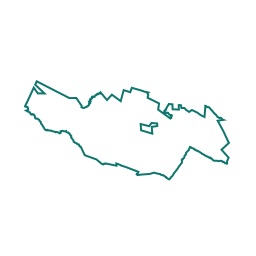 Bindura, Mashonaland Central, Zimbabwe, rotated 286°
{"feature_id": "62879985B50430993830170", "entity_name": "Bindura", "entity_type": "district", "adm_level": 2, "iso_a3": "ZWE", "parent_name": "Zimbabwe", "parent_adm1": "Mashonaland Central", "projection": "natural_earth1", "projection_center": [31.316, -17.234], "detail": "fine", "context": "isolated", "style": "outline", "palette": "teal", "viewbox_px": 256, "rotation_deg": 286, "n_neighbors": 0, "source": "geoboundaries", "source_scale": "gbopen_adm2", "svg_char_len": 5659}
<svg xmlns="http://www.w3.org/2000/svg" viewBox="0 0 256 256"><g transform="rotate(286 128 128)"><path d="M147.7,27.4L144.0,26.9L138.2,38.2L136.4,31.8L140.8,26.3L124.5,23.8L124.5,23.7L120.4,23.0L120.2,23.5L120.4,23.9L120.5,25.0L120.3,25.0L120.2,25.1L120.2,25.8L119.4,26.5L118.2,26.9L117.8,27.1L117.2,26.6L117.2,26.2L116.7,25.3L116.4,26.2L116.4,26.7L116.1,27.7L116.1,28.1L116.0,29.0L115.9,29.6L114.8,30.3L114.3,31.1L114.3,31.5L114.5,32.2L114.9,32.0L115.0,32.3L115.1,33.6L114.3,34.4L114.2,34.8L113.9,34.9L112.6,35.8L112.0,35.9L111.6,36.8L111.6,37.1L112.1,38.4L112.0,38.7L111.6,39.2L111.4,40.3L111.0,40.7L110.2,41.3L110.1,42.0L109.8,42.4L109.3,42.6L108.2,43.3L107.3,44.7L106.0,45.9L105.7,46.5L104.1,48.0L103.6,48.8L103.3,49.4L103.3,49.7L103.4,49.9L103.3,50.2L103.8,50.6L104.0,51.0L103.6,51.6L103.9,52.1L103.9,53.4L104.1,53.9L104.1,54.3L104.3,54.7L104.1,55.3L104.1,57.0L104.2,58.3L104.0,59.4L104.3,59.5L104.5,60.0L104.5,60.5L104.4,60.5L104.4,61.4L104.5,61.6L104.5,62.4L104.3,62.9L104.0,63.4L104.0,63.9L104.4,64.2L105.0,64.7L106.3,64.1L106.5,64.5L106.7,64.8L106.9,65.6L107.3,66.0L107.2,66.8L107.3,67.7L107.4,68.4L107.8,69.0L107.4,69.0L107.2,70.0L107.0,70.9L107.0,71.2L107.2,71.8L107.2,72.0L106.6,72.5L106.7,73.1L106.5,73.5L106.0,73.7L105.5,74.2L105.2,74.7L105.0,75.4L104.8,75.6L104.5,75.8L103.4,75.8L101.2,78.7L100.7,79.2L99.8,79.5L99.6,80.0L99.6,80.5L99.3,80.7L99.3,81.9L99.1,82.4L99.1,83.1L98.6,83.6L98.5,83.8L98.6,85.3L97.9,85.6L97.8,86.1L97.1,86.5L96.9,87.0L97.0,87.7L89.9,94.0L89.1,106.3L86.3,112.6L86.3,113.3L86.1,114.1L86.4,114.4L86.8,114.5L86.9,115.1L87.1,115.3L87.1,115.7L87.7,115.9L88.6,127.3L90.7,126.6L90.3,131.2L90.0,131.7L89.9,136.7L88.7,150.1L88.0,150.0L87.4,150.0L86.9,149.8L86.5,149.6L86.3,149.0L86.0,149.0L85.8,149.3L85.8,149.6L85.4,150.1L85.5,150.6L86.0,151.5L87.0,153.9L89.8,161.5L92.2,165.3L92.4,170.6L92.6,171.7L92.2,172.3L92.2,173.0L92.0,173.9L92.1,174.1L92.4,174.7L92.1,175.7L91.6,176.5L91.6,177.5L91.5,177.9L91.0,178.1L91.0,178.5L90.7,179.0L90.5,179.8L90.2,180.3L90.1,180.8L90.1,182.0L93.2,183.2L93.8,183.8L97.9,184.9L98.6,185.3L101.1,186.3L103.2,187.1L104.6,187.4L109.6,189.4L112.0,188.6L112.1,188.9L113.0,189.3L113.4,189.0L113.8,189.5L114.0,189.5L114.3,189.9L115.2,190.2L115.8,190.2L117.0,190.0L118.3,190.9L118.6,191.0L119.2,190.8L119.5,190.6L120.0,190.6L122.1,191.6L123.6,192.5L124.4,192.5L124.9,192.6L126.0,192.7L126.3,192.9L126.7,192.7L126.9,192.8L126.7,194.1L126.4,194.5L126.3,196.9L126.0,197.3L125.7,197.5L125.5,198.1L125.6,198.4L125.8,198.6L125.8,198.8L125.3,199.3L125.3,200.1L125.1,200.6L125.3,201.4L125.0,201.6L124.9,202.0L124.9,202.3L124.8,202.7L124.8,203.5L124.3,204.2L124.2,204.6L124.2,205.2L123.6,206.2L123.7,206.7L123.5,207.1L123.5,207.5L123.2,208.4L123.2,208.9L123.0,209.2L122.8,210.0L122.6,210.2L122.7,210.8L122.4,211.8L122.4,212.2L122.3,212.5L122.3,213.1L122.2,213.2L122.2,213.3L122.0,213.9L122.2,214.8L121.7,214.9L121.6,215.4L121.8,215.7L121.9,216.0L121.6,216.6L121.6,217.0L121.3,217.3L120.7,218.5L120.4,218.8L120.3,219.2L120.3,219.8L120.9,221.9L121.1,223.1L121.1,224.2L121.4,225.0L122.1,226.3L122.1,227.3L121.9,227.9L121.7,228.0L121.4,228.7L121.6,228.9L121.8,229.0L121.9,229.4L121.0,230.8L120.9,232.9L121.2,233.0L123.2,232.4L127.2,232.9L132.9,223.9L141.5,229.1L141.6,228.9L151.4,220.4L159.7,212.2L162.1,217.4L162.2,216.4L162.4,216.0L163.0,215.4L163.2,214.8L163.4,214.5L163.4,214.2L163.2,214.0L163.0,213.7L163.0,213.2L162.8,213.0L163.2,211.9L163.1,211.2L163.4,210.9L164.2,210.0L164.6,209.2L165.0,209.0L165.2,208.5L165.2,208.0L165.6,207.6L165.8,207.1L166.1,206.8L166.1,206.5L166.6,205.7L167.2,205.1L167.3,204.7L167.8,204.2L168.0,203.6L168.4,203.3L169.0,201.9L169.7,201.2L170.1,200.6L170.3,199.9L170.3,199.6L170.0,199.3L169.9,198.4L170.5,197.5L170.6,196.7L170.6,196.2L168.8,196.7L164.5,197.5L159.7,198.5L160.3,194.8L162.0,190.0L162.9,184.4L160.3,182.4L161.4,178.9L162.8,176.8L161.9,173.9L164.5,172.6L164.0,170.5L159.7,171.8L158.3,165.7L163.0,164.2L162.2,159.9L162.1,160.4L160.7,160.4L159.8,159.9L158.5,159.7L157.2,159.3L156.5,159.3L156.2,159.5L155.9,159.2L155.5,159.1L155.3,158.8L155.3,158.6L154.8,158.2L153.8,158.3L153.8,158.9L153.5,159.1L152.9,159.1L152.5,159.3L152.5,159.7L153.0,160.0L153.2,159.7L153.4,159.9L153.4,160.5L153.2,160.9L153.2,161.4L153.7,161.9L153.7,162.2L153.5,162.6L152.3,163.8L152.2,165.4L152.4,165.9L152.4,166.3L152.1,166.3L151.9,166.2L151.9,166.7L151.8,166.8L151.1,166.1L150.5,166.0L150.2,166.3L150.2,166.6L149.8,166.7L149.8,165.9L149.7,165.8L148.9,165.8L154.0,151.9L160.2,151.1L162.1,140.7L162.4,137.9L162.4,138.0L163.2,138.4L165.1,138.4L165.5,138.3L165.9,137.9L166.7,137.0L167.5,136.6L167.4,137.6L167.7,137.8L167.5,134.0L167.5,133.0L167.7,131.4L167.7,120.6L163.0,120.3L163.2,113.4L151.8,113.6L155.6,103.3L149.1,100.1L154.5,92.0L154.4,92.0L154.0,91.4L153.9,90.9L153.6,90.7L153.3,90.7L153.1,90.9L152.8,90.0L152.4,90.0L152.3,89.0L152.0,88.9L151.5,88.9L151.3,88.7L151.3,88.3L151.2,88.2L150.7,88.3L150.2,87.6L149.2,87.0L148.9,87.2L148.7,86.8L148.5,86.7L148.7,86.3L148.6,86.1L148.3,86.0L148.4,85.0L148.2,84.8L147.9,84.7L147.6,84.8L147.3,85.2L146.8,85.2L146.6,85.0L146.2,85.0L146.0,84.8L145.8,84.5L145.7,83.9L145.2,83.8L144.9,84.4L144.7,84.3L144.4,83.9L143.9,83.6L143.6,83.6L143.4,83.8L143.2,84.2L143.2,84.7L143.1,84.8L142.6,84.4L142.1,84.3L141.7,84.6L141.5,84.3L141.6,83.9L141.3,84.1L141.2,84.5L140.8,84.3L140.5,83.8L140.2,83.8L140.0,84.0L139.8,84.0L139.6,84.2L139.1,83.9L138.5,83.8L138.1,83.2L137.7,82.8L137.0,82.6L136.8,82.0L136.3,81.8L135.7,80.6L135.2,80.2L135.2,79.7L134.9,79.3L135.2,77.5L136.5,77.4L142.6,70.0L140.6,63.4L147.7,27.4ZM129.3,152.9L129.4,141.2L135.3,139.1L135.6,147.8L139.3,149.2L140.4,154.8L137.9,155.6L135.7,150.5L129.3,152.9Z" fill="none" stroke="#0f766e" stroke-width="2"/></g></svg>